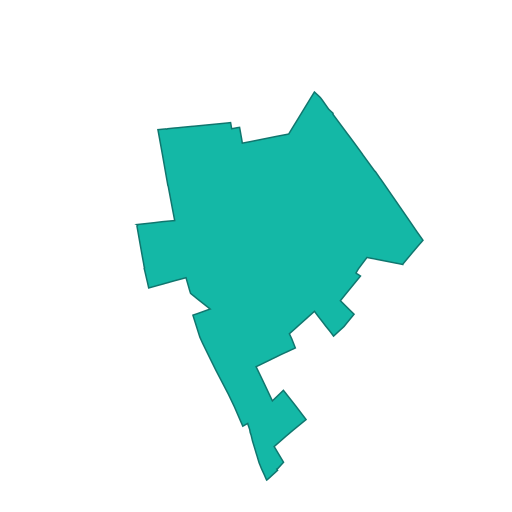 the district of Dudesti, Braila, Romania, rotated 131°
{"feature_id": "2599482B13678396959351", "entity_name": "Dudesti", "entity_type": "district", "adm_level": 2, "iso_a3": "ROU", "parent_name": "Romania", "parent_adm1": "Braila", "projection": "albers", "projection_center": [27.465, 44.874], "detail": "fine", "context": "isolated", "style": "filled", "palette": "teal", "viewbox_px": 512, "rotation_deg": 131, "n_neighbors": 0, "source": "geoboundaries", "source_scale": "gbopen_adm2", "svg_char_len": 2853}
<svg xmlns="http://www.w3.org/2000/svg" viewBox="0 0 512 512"><g transform="rotate(131 256 256)"><path d="M326.9,274.4L326.9,272.9L326.3,260.1L326.1,255.8L328.4,257.1L338.1,262.5L342.0,264.8L342.1,264.7L350.8,250.5L354.1,245.1L356.9,239.0L359.1,233.8L364.0,222.2L368.6,211.2L378.5,186.0L384.1,173.1L384.3,172.7L390.4,160.0L390.6,159.6L393.1,154.3L388.5,152.7L387.8,152.4L388.4,151.6L390.4,148.1L391.2,146.8L393.0,144.6L394.5,142.0L396.3,139.5L397.7,137.6L398.9,135.7L401.4,131.7L403.8,127.9L404.9,126.2L406.1,124.2L407.4,122.2L410.1,117.9L411.1,115.9L412.9,112.4L415.9,105.7L416.6,104.3L418.0,101.3L418.1,100.9L417.0,100.7L413.3,100.2L413.0,100.2L404.2,99.2L403.6,99.1L403.3,100.0L403.2,100.5L401.9,100.1L393.6,99.9L387.9,117.3L380.7,116.3L373.4,115.3L372.6,115.2L371.9,115.1L362.9,113.7L346.6,110.9L346.5,111.3L345.3,117.2L343.1,127.7L339.6,146.1L339.4,147.2L354.6,148.6L347.3,165.2L344.3,172.1L339.5,183.3L314.5,172.7L312.7,171.9L302.5,167.3L302.4,167.2L299.6,166.0L295.1,174.6L292.8,179.8L279.2,178.1L259.4,175.6L260.7,169.6L262.0,163.0L262.0,162.9L263.2,157.3L264.2,151.4L264.7,149.0L265.6,144.9L251.4,143.3L246.3,143.5L235.6,143.8L235.2,150.8L234.8,156.7L234.4,163.0L223.1,163.4L202.6,164.0L203.0,167.3L203.1,167.5L203.2,168.0L203.2,168.5L203.2,169.4L198.5,170.3L184.3,171.3L175.2,155.5L169.1,144.9L168.6,144.1L167.7,142.5L166.4,140.2L166.1,139.6L165.7,139.8L164.6,139.9L150.8,140.2L140.7,140.3L136.2,140.3L134.6,140.3L134.5,140.7L134.2,141.8L132.1,150.5L131.3,153.6L130.5,156.6L128.9,162.7L127.3,168.9L125.7,175.1L124.2,181.0L122.6,187.2L120.8,194.3L118.0,205.1L116.4,211.5L115.8,214.2L113.9,221.5L114.1,221.8L112.3,229.8L109.4,242.4L109.3,242.5L106.9,253.0L106.5,254.7L104.4,264.2L103.8,267.2L102.6,272.6L101.4,278.1L98.9,289.5L98.5,291.0L98.2,291.1L97.9,291.3L97.8,291.6L97.7,291.8L97.7,292.0L97.7,293.3L97.6,296.2L97.5,297.6L97.4,298.0L94.9,308.0L94.2,311.4L93.9,319.3L93.9,319.5L100.1,318.5L105.9,317.5L108.9,317.0L126.6,314.0L134.5,312.7L141.5,311.5L142.4,311.3L143.5,312.1L152.5,319.2L155.5,321.5L163.4,327.6L173.4,335.3L179.6,340.2L179.8,340.4L177.0,343.7L174.7,346.6L173.3,348.3L169.7,352.8L171.2,354.1L174.5,356.7L175.9,357.9L172.0,362.7L174.1,364.6L198.8,388.0L200.3,389.5L208.2,397.0L210.6,399.2L212.9,401.5L217.9,406.2L218.3,406.3L218.6,406.5L218.9,406.6L219.0,406.9L219.0,407.2L221.3,409.4L224.9,412.8L225.0,412.9L240.8,393.2L252.0,379.4L260.5,368.9L261.1,367.8L263.1,365.3L276.0,349.0L282.6,340.6L291.3,349.0L297.9,354.9L310.4,366.5L310.3,366.1L310.4,365.8L310.4,365.6L310.6,365.5L311.1,365.5L311.5,365.5L323.5,350.7L331.4,340.9L335.3,336.0L337.7,333.1L337.6,332.9L338.1,332.3L338.8,332.2L339.8,330.7L342.7,326.7L344.6,324.1L346.9,320.9L348.3,319.0L349.7,317.1L350.5,316.0L327.6,300.9L321.3,296.6L318.3,294.6L324.0,285.8L325.2,284.0L327.1,280.9L327.1,279.2L326.9,274.4Z" fill="#14b8a6" stroke="#0f766e" stroke-width="1.5"/></g></svg>